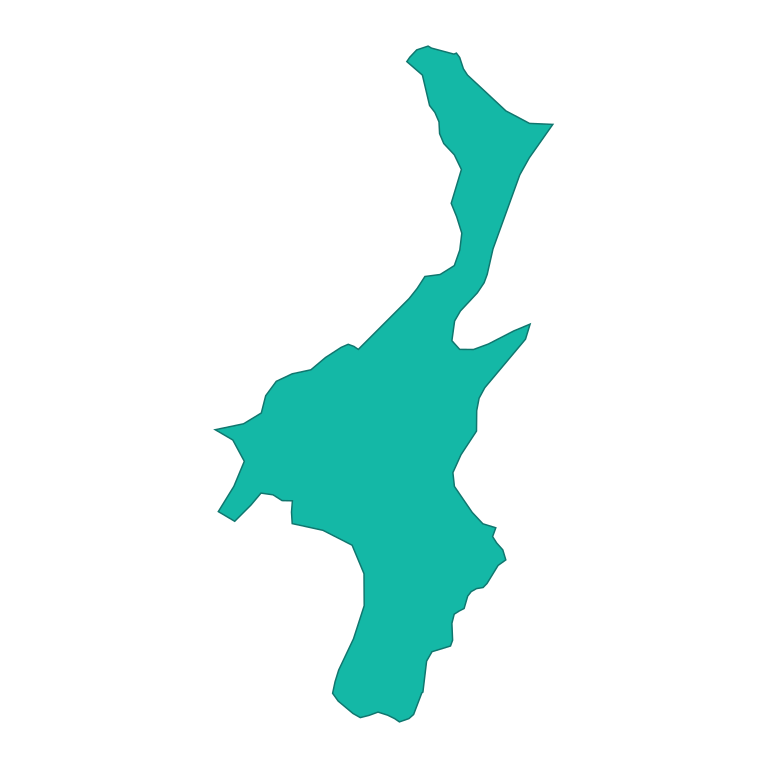 outline of Muyinga
{"feature_id": "BDI-2644", "entity_name": "Muyinga", "entity_type": "Province", "adm_level": 1, "iso_a3": "BDI", "parent_name": "Burundi", "parent_adm1": "", "projection": "robinson", "projection_center": [30.357, -2.724], "detail": "fine", "context": "isolated", "style": "filled", "palette": "teal", "viewbox_px": 768, "rotation_deg": 0, "n_neighbors": 0, "source": "natural_earth", "source_scale": "10m", "svg_char_len": 1548}
<svg xmlns="http://www.w3.org/2000/svg" viewBox="0 0 768 768"><path d="M428.1,46.1L431.5,48.1L453.9,54.1L456.4,53.1L459.7,57.5L463.4,68.8L467.5,75.1L505.9,110.9L529.5,123.4L552.8,124.4L529.3,157.8L519.8,174.8L493.0,248.9L487.2,274.4L484.1,282.8L477.3,292.9L460.4,311.0L454.6,321.0L451.9,340.7L459.7,349.4L473.5,349.5L488.4,344.0L513.8,330.9L530.1,324.1L525.5,339.2L484.8,387.7L479.1,398.2L476.7,410.7L476.5,431.1L461.0,454.7L452.9,472.6L454.4,486.4L472.2,512.4L482.9,523.8L495.8,527.8L492.6,536.6L496.7,543.0L502.8,549.9L505.8,559.9L505.5,560.1L498.1,565.4L487.0,583.5L483.1,587.5L476.5,588.6L471.2,591.6L467.7,596.1L464.1,608.5L459.2,611.0L454.2,614.2L451.9,623.3L452.6,640.2L450.5,646.0L432.0,651.7L426.6,661.1L422.9,692.1L421.8,692.9L413.6,714.5L408.9,718.6L399.4,721.9L394.6,718.6L387.7,715.2L378.0,712.1L369.0,715.4L360.3,717.6L353.0,713.5L338.2,701.1L332.6,693.3L335.1,681.6L338.7,670.0L353.5,638.8L364.2,605.7L364.0,573.7L352.1,545.2L322.9,530.3L292.2,523.6L291.5,512.1L292.4,500.8L282.1,500.6L273.0,494.8L261.0,493.1L250.9,505.1L234.7,521.3L218.3,511.6L233.9,486.3L244.3,461.3L232.8,440.0L215.2,429.7L243.5,423.8L261.3,413.0L265.7,395.7L276.3,381.3L292.2,373.8L310.9,369.8L325.5,357.5L341.1,347.4L348.2,344.3L353.9,346.4L358.3,349.4L409.1,298.6L417.2,288.4L424.9,276.5L440.1,274.5L454.3,265.6L459.8,250.0L461.8,233.2L456.7,216.8L451.2,203.3L461.4,169.5L454.3,154.8L443.8,143.6L439.6,133.7L439.0,121.9L434.9,112.4L429.6,105.6L422.4,75.1L406.8,61.6L409.8,57.2L416.7,49.9L428.1,46.1Z" fill="#14b8a6" stroke="#0f766e" stroke-width="1.5"/></svg>